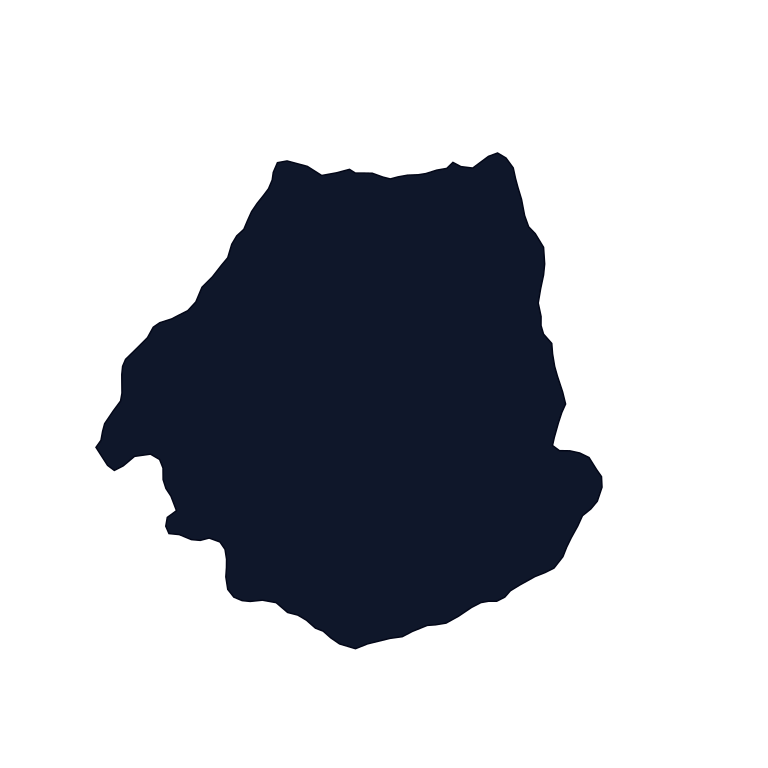 outline of Tarumã, São Paulo, Brazil, rotated 206°
{"feature_id": "56859067B95446673661662", "entity_name": "Tarumã", "entity_type": "district", "adm_level": 2, "iso_a3": "BRA", "parent_name": "Brazil", "parent_adm1": "São Paulo", "projection": "orthographic", "projection_center": [-50.598, -22.773], "detail": "fine", "context": "isolated", "style": "filled", "palette": "ink", "viewbox_px": 768, "rotation_deg": 206, "n_neighbors": 0, "source": "geoboundaries", "source_scale": "gbopen_adm2", "svg_char_len": 1971}
<svg xmlns="http://www.w3.org/2000/svg" viewBox="0 0 768 768"><g transform="rotate(206 384 384)"><path d="M462.2,170.1L454.4,165.7L448.7,157.5L445.1,149.9L441.6,141.3L434.4,130.9L425.5,126.6L416.6,127.1L409.0,129.9L398.5,136.4L385.1,140.2L370.5,136.4L360.2,138.5L350.2,137.7L338.6,134.5L330.3,135.2L320.6,132.5L310.0,130.9L293.6,133.6L285.0,143.1L267.1,158.0L256.8,164.9L250.1,174.0L239.3,186.0L232.2,190.1L223.4,196.3L215.2,208.0L207.4,221.5L201.1,230.0L194.9,234.5L187.5,238.1L182.0,245.4L179.8,253.5L174.1,262.5L163.9,277.1L156.6,285.1L150.5,293.1L147.5,307.2L148.3,317.4L148.3,327.9L147.6,341.3L147.9,352.6L143.3,362.4L140.9,372.2L142.8,386.8L147.9,396.1L155.3,400.2L167.5,407.8L177.8,407.8L187.7,405.4L197.1,401.0L205.6,402.6L207.5,410.6L210.2,425.4L211.7,436.3L212.0,445.6L219.9,455.1L231.6,467.1L238.3,474.6L245.7,485.0L251.0,494.0L262.5,498.8L268.5,505.4L272.4,513.5L280.9,524.4L285.0,538.4L288.4,552.0L292.2,562.3L300.5,576.8L313.9,585.4L322.9,588.7L331.5,597.1L341.3,610.2L349.9,619.5L355.9,626.4L362.6,634.9L373.4,640.6L383.2,641.4L389.9,634.4L398.9,617.0L410.2,613.1L419.2,613.4L422.1,605.3L430.4,599.3L438.6,591.5L444.9,587.1L454.4,582.0L462.2,576.3L468.2,571.1L475.7,569.5L486.9,568.3L495.5,564.3L502.2,561.0L509.1,561.8L519.4,552.9L531.4,544.1L548.3,546.0L568.9,542.0L576.8,536.2L576.3,525.7L573.9,518.3L573.4,508.9L574.9,501.0L577.2,490.7L578.6,480.9L578.3,470.9L577.8,461.6L581.3,452.6L582.1,442.9L579.8,429.0L582.1,419.7L585.2,405.1L590.0,391.2L589.1,375.3L592.5,363.9L598.6,355.9L603.4,349.4L612.4,340.8L616.3,333.9L616.9,321.9L622.3,306.3L627.1,292.9L626.7,285.3L623.8,277.5L615.5,260.9L613.3,253.2L615.5,241.4L617.7,225.9L616.2,218.2L613.7,209.3L615.1,200.8L596.8,189.7L588.5,188.1L582.5,196.1L576.5,209.6L563.1,218.6L552.6,217.8L545.8,211.6L540.6,201.2L534.2,194.5L526.3,189.8L515.0,179.2L520.3,169.1L517.8,160.5L511.7,155.3L502.0,158.9L488.9,159.7L480.6,162.9L473.6,168.9L462.2,170.1Z" fill="#0f172a" stroke="#020617" stroke-width="1.5"/></g></svg>